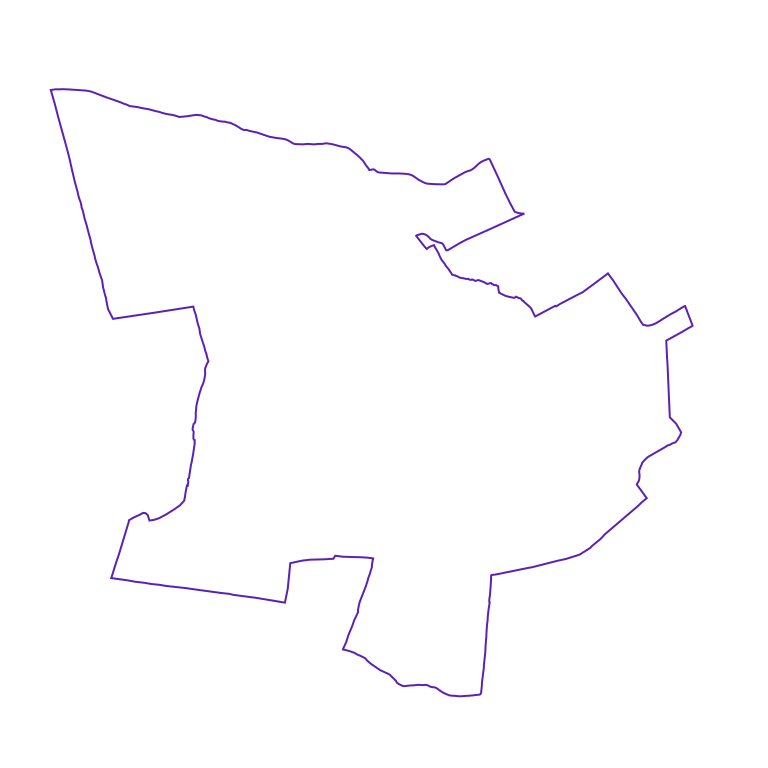 the district of Pogonesti, Vaslui, Romania, rotated 266°
{"feature_id": "2599482B54891306865908", "entity_name": "Pogonesti", "entity_type": "district", "adm_level": 2, "iso_a3": "ROU", "parent_name": "Romania", "parent_adm1": "Vaslui", "projection": "orthographic", "projection_center": [27.531, 46.153], "detail": "fine", "context": "isolated", "style": "outline", "palette": "violet", "viewbox_px": 768, "rotation_deg": 266, "n_neighbors": 0, "source": "geoboundaries", "source_scale": "gbopen_adm2", "svg_char_len": 6099}
<svg xmlns="http://www.w3.org/2000/svg" viewBox="0 0 768 768"><g transform="rotate(266 384 384)"><path d="M251.8,638.1L266.0,629.2L266.5,629.3L269.5,631.4L271.4,632.0L273.5,632.4L275.7,632.6L278.4,632.4L280.3,632.7L282.5,633.7L286.3,635.7L287.2,635.9L289.3,638.0L291.5,640.5L292.4,641.7L293.6,643.7L294.7,646.2L296.0,648.7L301.4,659.9L303.1,663.1L303.4,664.9L304.7,667.6L305.4,670.5L307.4,672.6L312.6,676.1L315.1,677.0L324.0,672.7L330.8,666.8L384.6,668.2L390.6,668.2L407.6,668.6L415.5,685.7L418.0,690.5L420.0,694.9L420.6,695.9L440.8,689.8L440.8,689.6L438.8,685.3L438.2,684.5L437.2,682.2L436.4,681.0L435.7,679.6L433.6,674.7L430.9,669.6L429.9,667.5L428.5,665.1L425.6,659.4L424.7,657.0L424.1,654.4L423.8,652.6L423.8,650.5L424.5,648.4L424.9,646.7L428.2,644.6L434.9,641.3L452.7,630.8L456.0,628.5L459.1,626.6L471.2,619.9L478.7,615.1L469.3,600.6L461.6,588.4L459.7,583.7L452.0,566.1L449.4,561.0L450.0,560.3L449.8,559.7L440.8,539.5L442.2,538.8L448.9,536.2L450.7,534.8L456.1,529.5L457.1,529.0L457.6,527.7L459.7,526.5L460.4,524.3L461.9,521.9L460.8,520.2L462.1,515.2L463.5,511.2L467.0,505.2L471.3,504.7L473.5,504.8L474.8,502.6L474.9,500.9L476.4,498.5L477.3,497.8L476.6,493.9L478.5,491.0L481.1,485.6L480.5,482.1L481.7,480.3L482.1,479.2L481.8,477.8L482.4,476.1L483.1,475.3L483.0,473.8L485.0,466.5L486.1,465.1L486.7,463.6L487.4,462.8L487.4,461.9L488.4,459.5L489.6,459.0L494.9,455.9L496.7,454.5L500.8,452.2L502.3,451.1L504.2,449.9L507.6,448.5L510.6,447.5L517.8,444.0L519.0,443.6L518.8,442.6L517.9,439.8L516.9,437.5L515.8,436.4L515.8,435.9L519.2,433.4L527.5,427.8L529.6,426.4L529.9,426.7L530.8,430.2L531.3,432.7L530.1,436.0L529.1,437.3L527.2,439.2L525.7,440.3L524.7,441.5L523.8,443.3L521.4,448.6L520.5,451.4L519.2,452.7L513.0,455.4L513.1,457.1L519.2,469.3L521.9,475.3L530.6,499.1L541.7,528.9L544.2,535.9L544.5,533.0L545.2,530.0L546.2,527.4L546.6,526.6L547.8,525.9L554.7,522.8L565.4,518.4L581.8,512.4L600.6,505.2L601.4,504.1L599.8,498.9L598.5,495.9L597.1,493.8L593.5,489.4L591.7,486.5L591.0,484.7L590.3,481.6L589.4,479.1L584.3,468.1L579.4,459.6L579.0,458.5L579.0,457.2L579.7,449.5L580.8,441.3L581.1,440.2L581.8,438.6L584.3,434.3L585.9,432.0L587.5,430.2L589.5,427.6L590.6,425.7L591.4,423.8L592.1,420.5L593.0,413.8L593.4,407.0L595.3,394.3L595.7,392.6L596.6,391.4L598.2,389.8L598.9,388.6L598.4,384.3L599.6,383.9L603.2,381.4L607.9,378.8L610.5,376.7L614.7,372.8L616.3,371.0L619.3,367.9L621.3,365.6L622.1,364.2L622.8,362.5L624.0,357.3L626.6,349.8L627.6,345.9L628.1,343.5L628.1,341.3L627.8,339.8L628.1,334.5L627.9,331.7L628.1,329.4L628.5,327.1L628.9,324.0L628.7,320.7L629.2,315.1L629.6,311.9L630.2,310.3L633.4,305.8L634.4,304.0L635.1,302.2L635.7,300.1L637.0,293.5L638.6,287.1L642.9,276.8L643.6,275.3L645.8,267.6L647.1,264.4L647.0,262.9L647.1,262.1L648.5,259.3L650.1,257.3L653.2,252.8L653.7,251.4L654.7,250.0L655.3,248.6L655.6,247.2L656.8,243.5L657.0,241.5L657.7,238.0L658.3,236.1L659.2,234.5L660.2,230.9L661.4,227.9L662.8,225.3L663.2,223.9L664.8,220.3L665.6,215.2L664.8,205.4L664.7,199.8L664.6,198.3L665.2,197.2L666.3,194.4L667.0,192.3L668.7,185.3L669.9,181.7L670.8,179.5L671.4,177.9L672.1,175.4L674.4,168.8L676.2,161.5L677.4,157.6L679.0,149.8L679.6,148.6L680.4,147.3L681.9,143.7L683.5,140.6L689.5,126.6L696.1,112.4L697.3,108.1L697.8,105.0L699.9,89.7L700.5,84.3L700.6,80.7L700.9,77.0L700.5,72.1L687.6,74.9L672.0,77.8L644.5,83.4L632.5,85.7L618.7,87.8L607.1,89.7L597.2,91.7L592.9,92.3L589.5,93.1L586.7,94.0L582.7,94.6L581.3,94.6L577.7,95.7L569.8,96.9L563.3,98.4L554.5,100.0L547.5,101.5L546.0,101.4L544.6,101.8L542.3,102.1L531.7,104.3L529.7,104.5L523.8,105.8L520.5,106.8L514.5,108.0L508.0,109.8L506.3,110.1L500.1,110.5L491.3,112.1L489.3,112.7L486.8,112.8L478.1,113.9L467.9,118.2L471.1,159.2L474.5,199.2L470.8,199.8L466.0,201.1L458.5,202.2L451.9,203.7L447.4,204.0L445.2,204.4L433.7,207.3L428.5,208.2L427.0,208.8L421.6,209.7L419.5,210.3L418.7,210.3L417.8,209.8L417.1,209.1L412.4,206.8L411.0,206.5L406.4,206.3L403.4,205.7L400.0,204.7L396.9,203.5L393.5,201.7L387.3,199.2L379.9,196.7L374.8,195.2L370.3,194.6L368.8,194.2L364.9,194.0L362.7,193.7L358.8,192.9L357.5,191.4L355.0,190.5L351.9,189.8L350.7,190.5L349.6,190.8L346.3,190.3L343.0,190.1L341.7,190.4L341.5,190.6L341.3,191.2L337.8,191.0L326.6,188.5L318.8,186.5L317.3,185.9L303.9,182.9L303.0,182.0L302.3,181.7L301.6,181.7L300.7,182.0L300.0,182.0L298.7,181.5L296.3,181.2L296.1,181.1L296.4,180.3L289.7,178.5L284.3,177.3L281.5,176.5L277.2,172.0L273.6,166.0L269.1,157.6L265.8,150.2L264.4,144.6L264.2,140.5L269.7,139.2L271.8,137.1L272.2,134.8L272.0,134.1L270.7,131.4L268.2,124.8L265.9,120.1L264.1,119.7L232.1,107.5L225.0,104.5L209.4,98.4L206.2,113.8L204.1,122.0L202.3,131.6L200.7,138.0L199.4,145.7L197.8,152.3L194.2,172.2L191.8,183.3L187.0,206.4L185.4,215.3L184.2,218.8L179.7,241.0L172.8,269.9L186.5,273.7L211.8,278.0L213.5,290.0L213.9,297.6L213.3,312.2L213.2,321.3L216.1,323.4L214.6,330.7L213.2,344.4L212.9,347.8L212.0,355.0L210.8,361.0L205.3,359.5L202.5,359.2L200.2,358.4L194.6,356.2L192.1,355.0L188.8,353.9L183.8,351.9L168.1,344.5L165.4,343.6L160.5,342.3L159.8,342.2L158.4,342.3L150.2,337.7L144.5,335.3L136.5,331.2L128.9,328.2L123.2,325.0L122.0,324.6L121.7,326.0L119.9,331.1L117.9,335.7L115.6,339.1L114.5,341.5L111.8,346.0L108.8,348.3L105.4,351.9L98.8,360.2L93.9,369.2L87.1,375.2L86.3,375.4L84.8,376.4L83.8,377.6L81.6,381.3L81.2,382.7L81.2,383.9L81.4,387.6L81.4,391.7L81.3,393.0L81.5,396.1L81.4,398.4L80.9,401.8L81.0,404.4L80.8,405.4L80.2,406.9L79.3,408.3L78.5,409.9L78.2,411.0L77.9,413.2L77.2,414.8L75.8,416.7L75.0,417.5L73.2,419.8L71.2,422.7L68.9,427.3L68.3,430.2L68.0,432.9L67.6,434.8L67.4,436.5L67.3,437.2L67.1,439.3L67.2,443.3L67.1,446.5L67.2,451.4L67.4,454.1L67.4,457.0L67.6,458.2L68.4,459.0L69.2,459.3L76.3,460.6L78.8,460.8L93.9,463.8L97.0,464.1L108.5,466.2L118.2,467.4L125.0,468.5L128.3,468.8L137.2,470.1L140.7,470.8L144.8,471.3L151.9,472.6L158.8,474.2L159.4,473.8L162.4,474.1L165.9,475.0L180.1,477.0L185.4,477.5L185.8,477.8L186.0,478.2L186.0,478.8L186.2,482.4L190.6,515.8L190.7,517.9L195.7,545.6L196.8,553.4L200.1,567.1L206.1,578.3L208.0,580.3L213.8,588.5L215.8,590.9L218.9,594.1L245.3,629.8L247.5,632.2L251.8,638.1Z" fill="none" stroke="#5b21b6" stroke-width="2"/></g></svg>